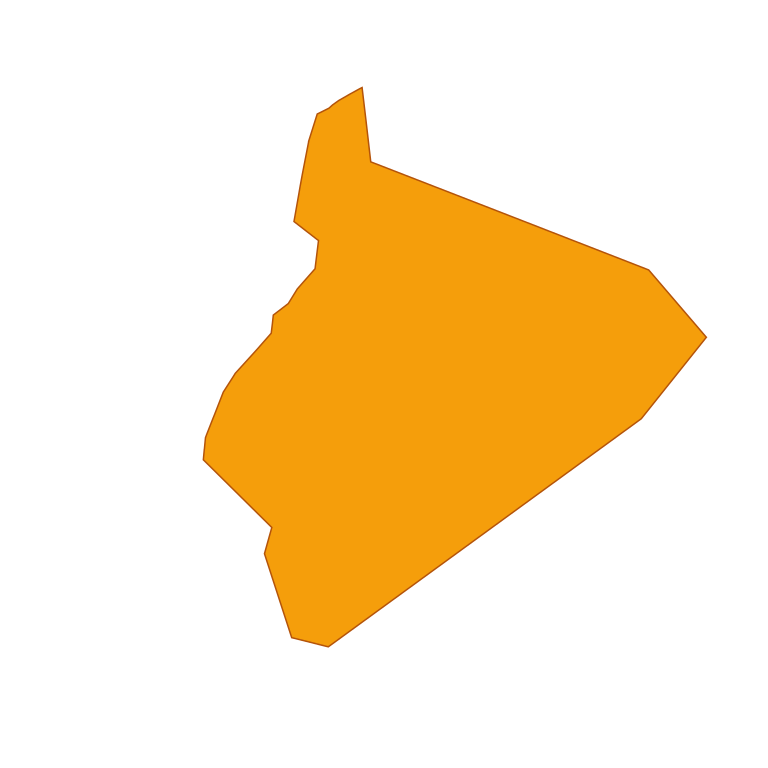 Mourtcha, Ennedi, Chad, rotated 129°
{"feature_id": "50815135B12013942151217", "entity_name": "Mourtcha", "entity_type": "district", "adm_level": 2, "iso_a3": "TCD", "parent_name": "Chad", "parent_adm1": "Ennedi", "projection": "natural_earth1", "projection_center": [21.235, 16.282], "detail": "fine", "context": "isolated", "style": "filled", "palette": "amber", "viewbox_px": 768, "rotation_deg": 129, "n_neighbors": 0, "source": "geoboundaries", "source_scale": "gbopen_adm2", "svg_char_len": 795}
<svg xmlns="http://www.w3.org/2000/svg" viewBox="0 0 768 768"><g transform="rotate(129 384 384)"><path d="M167.4,587.6L169.8,588.7L179.8,592.8L192.2,597.6L199.5,599.6L203.9,600.3L204.4,600.4L204.8,600.6L216.2,605.8L242.8,595.3L242.8,595.2L246.2,593.4L272.3,579.5L283.1,573.6L290.6,569.4L314.4,556.2L314.1,541.3L313.8,527.2L313.7,525.2L334.5,512.2L337.8,510.1L364.6,511.2L381.7,509.0L395.9,512.4L400.1,513.4L406.9,509.0L415.5,503.6L438.0,504.5L469.3,506.3L472.3,505.9L491.4,503.8L514.6,496.4L517.9,495.4L535.6,489.8L536.4,489.5L538.0,489.0L547.5,482.7L547.9,482.5L556.6,476.7L566.1,380.9L591.1,370.1L639.2,296.1L624.3,264.0L623.3,261.9L249.1,162.2L144.8,162.9L144.8,163.1L128.8,250.1L173.6,390.3L219.7,534.1L190.1,564.3L167.4,587.6Z" fill="#f59e0b" stroke="#b45309" stroke-width="1.5"/></g></svg>